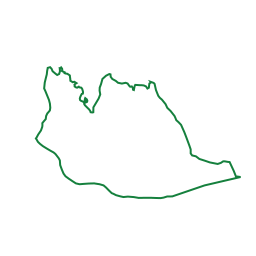 Bodae, Grand Kru, Liberia (Mercator projection), rotated 71°
{"feature_id": "62588387B10493983903288", "entity_name": "Bodae", "entity_type": "district", "adm_level": 2, "iso_a3": "LBR", "parent_name": "Liberia", "parent_adm1": "Grand Kru", "projection": "mercator", "projection_center": [-8.37, 5.14], "detail": "fine", "context": "isolated", "style": "outline", "palette": "green", "viewbox_px": 256, "rotation_deg": 71, "n_neighbors": 0, "source": "geoboundaries", "source_scale": "gbopen_adm2", "svg_char_len": 2552}
<svg xmlns="http://www.w3.org/2000/svg" viewBox="0 0 256 256"><g transform="rotate(71 128 128)"><path d="M91.7,91.6L92.4,91.4L92.9,93.3L96.7,95.2L97.0,96.8L94.6,97.4L92.9,99.2L92.1,100.9L91.2,103.3L89.6,107.1L90.7,108.2L94.0,110.1L93.4,110.8L91.9,110.4L89.9,110.9L89.7,112.5L88.5,113.1L85.8,113.9L84.5,115.5L84.0,119.3L82.0,122.7L79.5,124.2L76.5,126.9L73.9,127.7L71.6,127.1L70.9,128.1L71.4,131.7L73.3,136.2L77.7,139.2L80.6,141.6L83.4,142.7L87.2,143.3L90.6,146.2L92.8,148.8L97.2,154.0L100.8,155.3L101.8,155.7L101.7,156.7L100.9,158.2L99.5,158.2L97.8,158.7L95.4,159.9L92.5,161.3L91.2,161.6L90.3,161.4L90.1,160.0L90.0,158.3L89.1,157.6L87.6,157.6L85.8,158.7L86.5,159.3L87.8,159.9L88.6,159.3L89.1,159.8L88.7,161.0L88.7,161.8L88.0,162.4L87.2,163.4L86.0,164.2L84.5,164.0L83.3,163.2L81.8,161.8L80.7,160.6L80.8,159.5L79.9,159.0L78.7,158.7L76.2,158.6L74.7,159.0L73.7,160.8L72.9,161.1L73.3,163.0L72.7,163.9L71.4,164.9L71.0,164.6L69.7,164.6L69.2,163.8L68.8,162.1L66.8,163.7L66.7,165.4L65.5,166.3L64.6,167.1L62.8,166.6L60.7,166.2L59.4,165.9L58.0,166.9L56.9,167.8L56.4,168.9L55.5,170.1L54.8,169.7L53.5,171.1L53.2,171.4L52.5,172.0L51.9,171.3L50.4,171.0L49.0,171.5L49.6,172.3L49.2,173.1L52.1,173.8L54.5,175.5L54.8,177.7L53.0,178.9L49.8,180.8L47.1,181.0L45.1,181.9L45.0,184.3L47.8,185.9L50.8,187.3L54.0,189.4L57.9,191.9L63.3,194.4L66.4,194.1L75.7,193.6L79.5,193.9L83.6,194.9L86.0,196.2L87.8,199.2L87.9,199.5L90.0,201.5L92.8,202.9L94.0,205.0L95.5,207.4L97.5,208.0L99.0,208.7L102.0,211.1L104.9,215.0L107.4,217.7L107.9,218.5L109.4,218.1L111.7,217.7L114.3,216.4L117.4,214.4L120.6,211.8L124.6,208.4L126.9,206.3L128.9,205.1L130.0,204.7L133.6,203.5L134.3,203.3L136.5,203.0L141.0,204.2L145.7,204.1L150.1,203.8L153.3,202.8L156.8,200.4L158.6,199.0L159.7,198.2L163.4,195.3L165.4,192.1L166.5,187.8L167.8,183.0L168.3,181.4L169.4,177.9L169.9,177.0L171.9,173.2L174.3,169.8L177.0,168.2L180.8,166.4L184.3,164.6L185.5,163.2L187.5,161.3L187.8,160.9L190.2,157.4L191.8,154.8L192.8,150.5L195.2,145.0L197.6,140.6L199.6,134.4L201.4,129.2L203.6,123.5L204.9,120.0L205.4,117.0L205.5,113.3L207.1,108.4L207.2,74.3L207.8,68.5L209.4,52.8L211.0,37.5L209.5,40.4L209.3,41.7L202.8,42.0L199.1,42.4L193.3,43.0L192.4,44.9L191.0,47.4L190.5,48.8L191.2,51.5L191.2,54.9L187.2,61.8L183.7,66.3L180.5,70.6L176.9,73.0L174.8,76.3L172.4,77.0L170.1,76.2L168.6,75.7L164.6,75.7L155.8,75.9L150.3,76.1L142.3,76.8L139.0,78.3L136.3,79.8L134.0,79.9L131.8,80.1L125.8,82.2L121.7,84.3L117.7,84.7L112.2,86.7L109.8,88.1L107.4,88.9L101.2,89.2L94.9,88.5L93.7,89.1L91.7,91.6Z" fill="none" stroke="#15803d" stroke-width="2"/></g></svg>